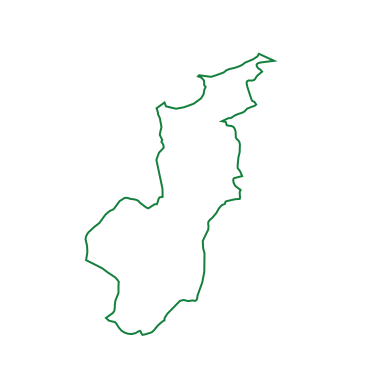 Sucre, Albers equal-area conic projection, rotated 53°
{"feature_id": "COL-1417", "entity_name": "Sucre", "entity_type": "Department", "adm_level": 1, "iso_a3": "COL", "parent_name": "Colombia", "parent_adm1": "", "projection": "albers", "projection_center": [-75.178, 9.212], "detail": "fine", "context": "isolated", "style": "outline", "palette": "green", "viewbox_px": 384, "rotation_deg": 53, "n_neighbors": 0, "source": "natural_earth", "source_scale": "10m", "svg_char_len": 2663}
<svg xmlns="http://www.w3.org/2000/svg" viewBox="0 0 384 384"><g transform="rotate(53 192 192)"><path d="M104.0,160.1L107.9,161.2L110.0,159.6L115.9,154.6L119.5,147.4L122.5,137.6L122.7,128.5L121.0,124.2L119.1,121.9L118.0,121.0L116.3,117.9L113.9,117.9L111.8,116.3L110.2,115.4L107.1,115.5L105.1,116.3L103.3,117.6L103.0,116.1L111.5,107.5L113.0,103.3L115.6,94.8L115.5,91.2L116.4,87.9L118.4,83.6L120.1,78.4L120.7,75.3L120.6,72.0L122.8,63.2L123.1,58.2L121.9,55.4L136.6,47.5L129.5,59.9L128.8,62.4L129.3,63.9L130.7,64.6L132.9,64.7L135.4,63.8L138.1,63.6L138.3,69.0L138.6,70.8L139.8,73.8L139.9,75.1L139.3,76.7L137.0,79.7L136.7,81.2L137.7,82.8L141.3,84.5L153.5,88.7L155.6,89.1L157.5,87.9L160.8,88.1L160.8,90.5L159.9,93.0L158.6,97.9L159.3,101.7L158.9,104.1L157.3,108.9L156.6,111.7L156.5,114.6L156.1,116.8L154.9,118.6L153.5,125.5L156.3,122.9L159.5,124.1L162.2,121.8L163.2,120.6L165.2,119.7L167.5,119.9L170.2,120.9L174.8,124.2L176.9,124.4L178.7,124.0L180.6,124.1L182.8,125.1L189.0,130.1L192.2,134.0L198.6,139.9L200.4,141.1L204.9,141.2L209.5,142.4L206.3,149.9L206.6,151.2L207.7,152.2L210.0,153.3L213.1,153.8L216.6,152.9L218.5,152.2L219.7,152.0L219.9,152.7L221.1,154.2L224.2,156.3L225.5,157.0L226.2,158.1L225.5,159.1L223.5,162.4L220.3,169.5L219.9,171.0L221.3,173.0L220.5,175.9L220.7,177.7L221.4,180.6L223.4,185.1L224.9,191.7L224.9,193.8L225.3,195.9L226.1,197.4L227.7,198.6L229.1,199.3L231.8,201.6L234.7,207.4L237.6,212.9L244.1,217.2L248.3,218.8L263.0,230.1L270.3,238.1L278.0,249.9L280.1,251.9L281.0,253.5L281.0,254.7L280.2,255.7L279.0,256.7L277.0,260.5L273.1,263.8L271.7,267.1L274.4,285.0L276.1,289.6L278.0,291.4L277.7,292.1L277.7,295.5L278.1,300.0L279.5,305.3L279.8,308.1L279.4,309.9L277.2,315.8L276.2,317.6L273.6,317.4L272.2,316.9L271.7,317.0L271.2,318.2L270.7,322.1L269.1,325.7L266.7,328.4L263.5,330.6L260.0,331.8L256.0,332.0L250.8,331.6L249.2,332.1L246.0,334.8L244.6,335.8L240.8,336.5L241.0,327.9L240.1,325.5L238.2,323.5L236.1,321.9L232.7,318.6L228.4,311.5L222.6,307.1L219.6,304.5L217.4,304.4L214.0,304.7L205.5,307.7L198.9,309.6L182.7,317.6L177.0,311.7L172.0,308.3L165.6,305.4L164.0,303.7L162.9,301.8L161.9,299.1L161.1,291.2L161.0,284.6L158.0,274.7L157.7,271.3L157.7,269.0L158.6,264.9L155.7,255.3L156.2,249.4L157.2,247.8L158.5,246.6L160.1,245.6L163.3,242.4L165.4,240.8L167.1,240.2L169.4,240.0L177.1,237.8L178.8,236.6L179.3,229.2L179.9,228.4L180.6,227.4L180.1,226.5L177.2,222.5L176.8,221.2L178.2,218.4L171.6,213.6L144.9,201.1L140.7,194.6L139.6,187.9L137.0,186.5L135.0,186.2L133.8,186.3L133.2,185.9L132.6,184.5L126.9,183.3L124.1,180.2L121.9,177.4L113.8,173.3L109.1,172.2L107.9,171.3L103.8,169.9L104.0,160.5L104.0,160.1Z" fill="none" stroke="#15803d" stroke-width="2"/></g></svg>